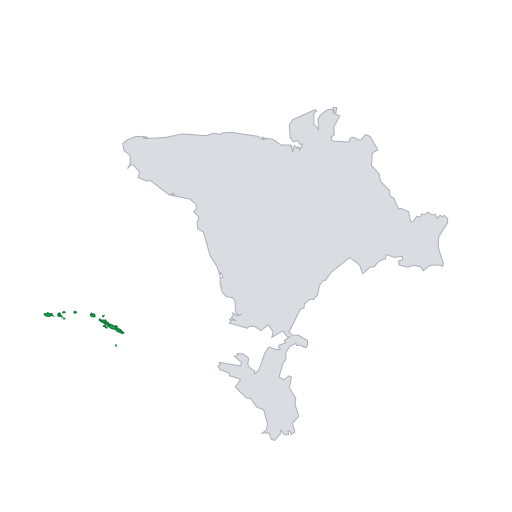 where Andaman and Nicobar sits in India, rotated 110°
{"feature_id": "IND-2474", "entity_name": "Andaman and Nicobar", "entity_type": "Union Territory", "adm_level": 1, "iso_a3": "IND", "parent_name": "India", "parent_adm1": "", "projection": "mercator", "projection_center": [93.022, 10.213], "detail": "fine", "context": "in_parent", "style": "filled", "palette": "green", "viewbox_px": 512, "rotation_deg": 110, "n_neighbors": 0, "source": "natural_earth", "source_scale": "10m", "svg_char_len": 9116}
<svg xmlns="http://www.w3.org/2000/svg" viewBox="0 0 512 512"><g transform="rotate(110 256 256)"><path d="M89.0,230.9L95.4,229.6L96.0,225.2L107.8,227.0L115.6,223.9L118.2,226.1L121.9,224.1L117.4,208.1L113.0,207.6L111.1,205.0L111.7,197.4L104.3,194.3L104.7,189.5L114.6,177.8L119.1,181.9L131.4,178.6L136.8,168.3L143.2,164.7L148.7,152.8L153.6,150.7L154.6,146.2L163.0,138.2L161.7,136.2L162.2,127.7L171.0,122.3L169.9,120.2L163.6,118.5L163.4,114.9L159.9,114.8L159.3,111.8L155.8,109.1L157.5,104.7L155.5,101.8L158.7,98.7L154.7,96.9L155.5,94.6L153.4,92.7L155.3,88.8L159.2,87.3L175.4,90.9L185.5,87.7L199.3,77.1L202.1,77.3L201.7,80.5L205.3,89.5L212.7,93.7L209.9,97.7L210.8,104.8L214.6,109.3L215.6,118.4L212.1,120.4L209.6,117.1L206.1,118.2L210.0,125.8L210.1,134.3L214.3,133.3L218.7,138.7L226.2,141.5L226.7,144.4L236.1,149.8L229.1,155.5L225.3,167.3L245.7,179.9L255.2,182.4L255.8,184.4L262.2,186.3L271.4,184.7L277.3,187.2L278.2,190.5L284.5,194.2L288.3,193.1L290.9,196.1L316.1,199.0L318.0,194.6L315.9,189.3L317.7,178.8L322.7,176.9L325.3,178.0L324.7,184.3L326.3,187.0L324.6,188.8L329.3,193.4L336.3,194.9L343.0,192.5L347.5,194.0L361.9,192.9L362.9,187.3L357.3,183.9L357.7,181.2L368.2,179.7L376.3,169.9L382.1,168.6L392.0,161.0L400.7,164.6L408.1,159.2L411.8,161.8L409.1,164.0L409.3,166.1L412.7,164.4L414.4,168.2L411.0,172.8L414.6,172.2L422.9,175.3L423.0,178.9L417.8,183.5L420.4,189.6L416.1,186.8L409.9,187.7L397.8,196.2L397.8,203.3L391.5,212.5L392.9,215.9L386.3,230.7L377.1,228.3L377.6,240.0L375.3,241.2L375.1,251.1L372.3,254.1L370.2,252.4L368.5,254.3L364.7,233.1L361.1,233.0L357.6,241.9L355.5,239.1L354.1,240.3L352.4,234.4L354.7,227.9L360.5,226.7L363.1,224.0L364.5,218.0L367.3,217.2L362.5,214.4L344.1,214.5L337.1,212.8L337.0,204.6L335.3,201.1L333.9,203.8L331.8,203.8L327.8,198.6L325.6,200.6L320.4,196.6L321.2,199.1L317.1,205.3L327.0,213.2L321.3,214.1L316.4,221.2L324.4,225.7L322.6,233.2L324.4,238.4L326.8,239.3L328.2,258.3L325.9,257.1L324.7,259.1L323.5,252.5L322.8,258.2L319.4,257.0L317.5,258.5L318.4,252.3L315.5,249.4L317.9,252.5L315.5,256.2L305.8,260.2L303.1,263.4L304.4,270.0L301.8,274.7L297.5,278.5L296.0,277.9L295.7,279.8L288.4,282.3L287.5,279.9L284.6,281.5L283.8,283.5L286.8,283.1L279.1,289.2L271.5,299.2L251.5,313.6L250.4,320.0L244.7,322.8L239.2,322.7L235.7,329.6L231.9,328.0L227.9,330.2L225.1,337.7L228.0,356.5L226.3,353.8L225.2,355.1L228.4,358.0L221.0,382.0L222.8,383.3L222.7,393.5L216.7,394.3L212.4,402.3L213.3,405.0L217.8,406.6L212.8,405.8L206.4,407.7L203.8,410.1L202.3,416.0L196.1,419.6L190.9,416.8L185.0,410.0L182.4,403.6L181.5,398.1L184.0,402.7L182.7,398.2L175.5,381.4L166.6,367.3L160.2,344.6L155.2,337.7L153.9,330.8L152.1,330.2L148.2,321.2L142.9,295.0L144.4,290.4L144.0,288.8L142.4,291.0L142.1,289.7L142.2,287.1L144.2,287.3L141.9,286.3L140.5,280.6L143.1,270.3L140.0,261.7L141.3,260.5L139.9,260.6L145.6,257.1L139.1,257.7L140.9,254.3L138.9,254.3L139.2,252.0L142.2,251.1L135.0,250.7L136.0,252.9L133.3,256.2L135.8,259.8L133.1,264.4L121.7,269.5L115.5,268.3L98.2,250.4L99.1,248.6L101.7,250.5L112.0,246.9L115.6,240.5L106.1,244.6L101.2,243.5L94.4,239.2L91.9,234.5L96.0,231.0L89.8,234.2L89.0,230.9ZM370.2,379.4L368.0,375.4L371.0,371.3L371.7,358.0L374.1,355.8L372.1,362.9L373.3,367.6L371.8,368.8L370.2,379.4ZM382.8,429.3L382.9,434.9L380.9,431.8L382.8,429.3ZM367.7,390.8L366.2,390.9L366.0,388.5L367.8,386.8L367.7,390.8ZM377.7,420.3L377.6,421.9L377.2,420.4L377.7,420.3ZM379.5,418.0L378.9,420.2L379.0,417.9L379.5,418.0ZM381.3,427.3L380.7,429.0L380.2,428.3L381.3,427.3ZM371.2,406.9L370.1,407.0L370.7,406.0L371.2,406.9ZM369.8,380.2L368.8,381.1L369.3,379.7L369.8,380.2ZM373.6,373.5L374.1,375.1L372.9,373.9L373.6,373.5ZM375.0,417.6L374.1,417.3L374.5,416.4L375.0,417.6ZM370.3,362.8L369.8,364.6L370.1,362.7L370.3,362.8Z" fill="#d9dde1" stroke="#a8b0b8" stroke-width="1"/><path d="M374.0,358.9L374.2,359.0L374.3,359.1L374.0,359.6L374.0,359.9L374.0,360.6L373.8,361.5L373.6,361.8L373.3,361.7L373.2,361.8L373.0,361.2L372.9,361.2L372.9,361.4L372.7,361.4L372.6,361.6L372.6,361.9L372.6,362.0L372.9,362.4L372.8,362.5L372.7,362.7L372.6,362.4L372.3,362.4L372.0,363.2L372.1,363.3L372.4,363.1L372.5,363.2L372.6,363.5L373.0,363.8L372.9,364.0L373.0,364.5L372.9,364.8L373.2,365.2L373.3,365.4L373.3,365.7L373.1,366.6L373.3,367.0L373.3,367.8L372.9,368.3L373.0,368.4L373.0,368.6L372.7,368.8L372.7,369.0L372.4,368.8L372.2,368.6L372.3,368.9L371.6,368.9L371.8,369.4L372.2,369.6L372.3,369.7L372.3,369.9L372.4,370.0L372.0,370.3L372.1,370.5L372.3,370.8L372.0,371.1L372.2,371.5L371.9,371.6L371.9,371.8L371.4,372.3L371.5,372.5L371.2,372.7L371.2,372.8L370.7,372.9L370.6,373.0L371.0,373.5L370.8,373.5L370.7,373.6L370.4,374.1L370.4,375.4L370.5,375.4L370.6,374.7L371.0,374.7L371.0,374.8L371.1,375.1L371.1,375.5L370.6,377.3L370.2,377.5L369.8,378.0L369.8,378.4L369.9,378.5L370.0,378.4L370.1,377.9L370.3,378.0L370.3,377.8L370.4,377.6L370.5,377.6L370.6,377.8L370.7,378.4L370.5,378.6L370.5,379.1L370.3,379.5L370.1,379.8L370.1,379.7L369.8,379.6L369.5,379.2L369.4,378.9L369.2,378.8L369.1,378.7L369.0,378.4L369.3,378.3L369.4,378.2L369.0,378.0L368.8,377.2L368.6,377.3L368.4,377.1L368.4,376.4L368.4,376.0L368.4,375.9L368.1,375.7L367.9,375.6L368.0,375.5L368.1,375.2L368.4,374.8L368.5,374.7L368.7,375.1L368.8,375.2L369.0,375.1L368.9,375.3L369.0,375.5L369.1,374.6L369.0,374.1L369.3,373.5L369.3,372.3L369.3,372.1L369.7,371.4L369.8,371.5L370.0,371.3L370.1,371.2L370.2,371.3L370.2,371.5L370.2,371.9L370.3,371.9L370.7,371.8L370.9,371.7L371.0,371.5L370.9,371.0L370.7,370.9L370.6,370.7L371.0,370.6L370.9,370.3L370.6,370.3L370.3,370.2L370.2,370.0L370.2,369.7L370.2,366.9L370.3,366.7L370.6,366.3L370.9,366.3L370.9,366.1L370.6,366.0L370.5,365.8L370.5,365.0L370.4,364.5L370.4,364.3L370.7,364.0L370.9,364.1L371.1,363.9L371.2,363.3L371.2,362.7L371.5,362.2L371.4,362.1L371.2,362.0L371.2,361.7L371.4,361.0L371.7,360.5L371.5,360.2L371.6,359.5L371.8,359.4L371.7,358.8L371.7,358.5L371.6,358.4L371.6,358.1L372.1,357.5L372.2,356.9L372.3,356.7L372.7,356.2L372.8,355.8L373.2,355.6L373.4,355.8L373.5,355.7L373.4,355.6L373.5,355.4L373.6,355.5L373.9,355.5L374.0,355.5L374.1,355.9L374.0,356.3L374.0,356.7L374.1,357.4L374.3,357.3L374.3,357.5L374.0,357.7L373.9,358.0L373.4,358.3L373.4,358.1L373.2,358.0L373.1,358.3L373.3,358.5L373.7,358.5L374.0,358.9ZM383.5,431.0L384.0,431.9L384.0,432.5L383.6,433.4L383.6,433.8L383.7,434.1L383.6,434.3L383.2,434.3L383.1,434.5L382.9,434.9L382.7,434.8L382.7,434.7L382.7,434.2L382.4,433.9L382.5,433.7L382.3,433.5L382.2,433.4L382.3,433.3L382.2,433.1L382.1,432.9L381.9,432.9L381.6,432.1L381.4,431.9L381.2,431.8L381.0,431.7L380.8,431.9L380.8,430.6L381.1,429.9L381.6,429.8L381.8,429.6L382.1,429.5L382.5,429.3L382.7,429.2L382.9,429.3L383.3,429.7L383.5,430.3L383.5,431.0ZM368.6,388.1L368.7,388.7L368.8,389.0L368.8,389.4L368.1,390.0L368.1,390.4L368.5,390.5L368.2,390.9L368.1,391.2L367.8,391.4L367.4,391.3L367.0,390.9L366.8,390.9L366.6,391.1L366.3,391.1L366.5,390.6L366.7,390.2L366.7,389.9L366.6,389.7L366.3,389.4L366.2,388.1L366.4,388.2L366.6,388.1L366.8,387.4L367.5,387.0L368.0,386.8L368.2,387.1L368.4,387.4L368.4,387.8L368.6,388.1ZM378.3,421.0L378.6,421.5L378.6,422.0L378.2,421.7L377.6,421.9L377.4,421.8L377.3,421.6L377.4,421.3L377.3,421.2L377.2,421.3L376.9,421.2L377.0,420.6L377.1,420.4L377.3,420.3L377.6,420.3L377.9,420.3L377.9,420.7L378.0,420.8L378.3,421.0ZM371.2,406.2L371.5,406.5L371.5,407.2L371.1,407.6L370.3,407.4L370.2,407.2L370.0,406.5L370.1,406.4L370.3,406.4L370.5,406.2L370.5,405.8L371.2,406.2ZM381.8,427.7L381.8,428.0L381.7,428.1L381.2,428.6L380.8,429.0L380.6,429.1L380.4,428.7L380.2,428.4L380.3,428.2L380.4,427.8L381.0,427.6L381.4,426.9L381.4,427.4L381.8,427.7ZM379.5,420.1L379.3,420.1L379.1,420.5L378.9,420.6L378.9,420.4L378.8,420.1L379.1,419.9L379.1,419.7L379.3,419.8L379.3,419.7L379.2,419.6L378.9,419.7L378.7,419.6L378.6,419.4L378.5,418.7L378.7,418.3L378.9,417.9L379.2,417.8L379.4,417.8L379.5,418.0L379.2,418.5L379.2,418.8L379.2,419.0L379.5,419.8L379.5,420.1ZM369.7,380.8L369.9,381.1L369.6,381.3L369.2,381.4L368.7,381.2L368.8,380.9L369.2,380.8L369.2,380.6L369.1,380.0L369.2,379.7L369.4,379.7L369.7,379.9L369.9,380.3L369.7,380.6L369.7,380.8ZM370.2,362.4L370.4,362.7L370.3,362.8L370.3,363.4L370.2,363.7L369.9,364.1L369.9,364.5L369.6,363.8L369.7,363.5L369.8,362.8L369.8,362.7L370.0,362.3L370.2,362.4ZM373.6,373.7L374.1,375.1L373.9,375.1L373.7,374.6L373.3,374.5L373.0,374.2L372.8,374.2L372.9,373.8L373.2,373.5L373.6,373.5L373.6,373.7ZM374.9,417.7L375.4,417.9L375.4,418.0L375.1,418.1L374.6,417.9L374.3,417.7L374.1,417.4L374.1,417.1L374.1,416.6L374.2,416.4L374.3,416.3L374.5,416.3L374.5,416.5L374.6,417.3L374.7,417.5L374.9,417.7ZM374.6,371.7L374.5,372.2L374.6,372.7L374.5,372.9L374.4,372.8L374.1,372.4L374.1,372.1L374.1,371.7L374.4,371.5L374.6,371.7ZM379.8,420.3L380.0,420.8L380.0,421.3L379.3,420.9L379.2,420.7L379.3,420.4L379.6,420.5L379.6,420.3L379.7,420.2L379.8,420.3ZM365.0,378.7L365.1,378.8L365.2,379.0L365.2,379.3L364.8,379.4L364.6,379.3L364.6,378.9L364.4,378.7L365.0,378.7ZM380.3,414.1L380.6,414.6L380.6,414.8L380.5,415.2L380.4,415.4L380.3,414.6L380.2,414.2L380.3,413.9L380.3,414.1ZM373.8,354.2L374.0,354.7L373.4,354.5L373.3,354.3L373.6,354.2L373.8,354.2ZM388.1,357.0L388.0,357.3L387.8,357.2L388.1,357.0Z" fill="#22c55e" stroke="#15803d" stroke-width="1.5"/></g></svg>